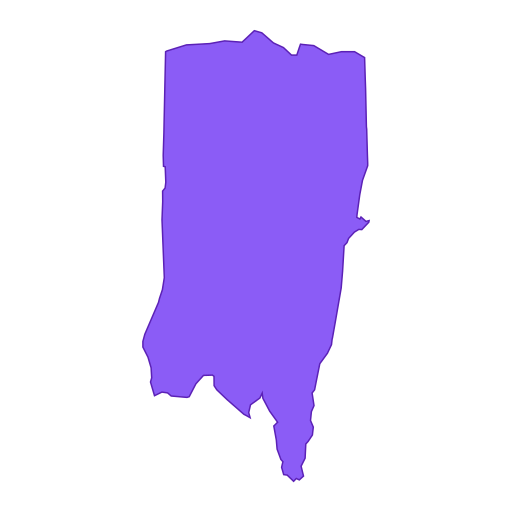 the district of Vega Baja, Puerto Rico
{"feature_id": "32010507B42725289573863", "entity_name": "Vega Baja", "entity_type": "district", "adm_level": 2, "iso_a3": "PRI", "parent_name": "Puerto Rico", "parent_adm1": "", "projection": "equal_earth", "projection_center": [-66.393, 18.418], "detail": "fine", "context": "isolated", "style": "filled", "palette": "violet", "viewbox_px": 512, "rotation_deg": 0, "n_neighbors": 0, "source": "geoboundaries", "source_scale": "gbopen_adm2", "svg_char_len": 1704}
<svg xmlns="http://www.w3.org/2000/svg" viewBox="0 0 512 512"><path d="M364.6,57.6L354.6,51.7L341.4,51.7L328.6,54.4L325.2,52.4L313.8,45.6L302.8,44.5L300.5,44.2L299.3,47.6L296.8,55.1L296.2,55.1L291.5,55.1L283.5,47.6L277.3,44.7L277.0,44.6L273.4,42.9L271.3,41.1L261.8,32.8L261.1,32.6L258.6,31.9L255.5,31.0L254.3,30.7L242.5,41.8L242.1,42.2L226.1,41.0L224.6,40.9L213.6,42.9L209.7,43.6L190.1,44.7L186.4,44.9L177.7,47.6L166.8,51.0L165.6,51.7L164.1,122.0L163.9,132.8L163.2,155.3L163.5,166.3L165.2,166.8L165.8,182.3L165.1,188.0L162.6,191.1L162.7,201.6L162.0,219.8L164.3,277.7L162.4,289.7L159.5,298.4L158.5,302.4L144.8,334.3L142.9,341.4L142.9,347.1L148.0,357.2L151.1,367.8L151.7,377.8L150.5,382.0L154.5,395.7L161.9,392.1L167.6,392.9L171.2,396.0L187.0,397.4L189.2,396.7L195.9,383.8L198.3,381.1L203.5,375.4L212.4,375.1L214.0,376.3L214.1,385.7L216.8,389.8L227.2,399.7L243.9,414.3L246.6,415.7L250.1,417.7L248.7,412.6L250.5,404.8L259.9,398.0L262.2,393.1L262.9,398.3L269.7,411.2L277.6,422.2L273.8,426.0L276.3,439.9L277.1,449.1L280.9,459.5L282.9,461.7L281.6,467.3L283.7,474.6L287.2,475.1L293.6,481.3L296.3,478.5L299.3,479.9L303.5,476.1L301.1,466.2L305.1,458.2L305.8,444.0L308.2,441.3L312.4,435.0L313.3,427.1L310.5,420.5L311.4,411.6L314.0,405.6L312.1,393.0L314.6,389.8L316.1,382.1L319.8,363.7L327.4,353.3L331.5,344.6L332.1,339.3L332.5,337.7L335.2,322.5L341.2,287.9L342.6,271.1L344.1,245.7L347.0,242.6L348.6,238.4L354.4,232.1L358.8,229.4L361.8,229.6L368.8,222.2L369.1,220.6L366.0,221.4L361.0,217.0L359.9,219.0L356.8,217.4L357.0,214.8L359.8,194.5L362.5,180.3L367.7,165.7L367.7,163.2L367.4,154.5L366.8,133.5L366.7,129.3L366.4,126.7L365.6,89.0L365.2,77.6L364.6,57.6Z" fill="#8b5cf6" stroke="#5b21b6" stroke-width="1.5"/></svg>